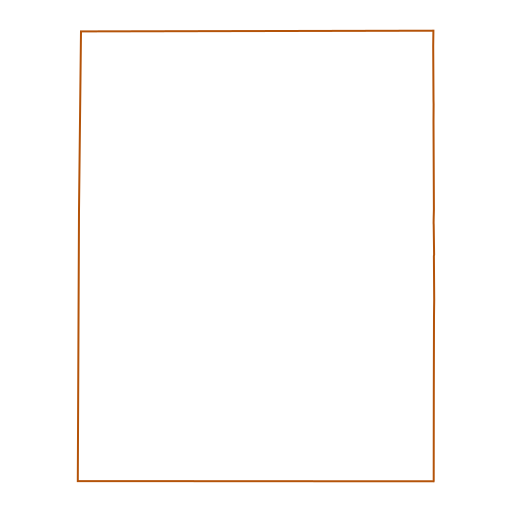 the district of Deuel, South Dakota, United States of America
{"feature_id": "52423323B13403863294049", "entity_name": "Deuel", "entity_type": "district", "adm_level": 2, "iso_a3": "USA", "parent_name": "United States of America", "parent_adm1": "South Dakota", "projection": "natural_earth1", "projection_center": [-96.521, 44.761], "detail": "fine", "context": "isolated", "style": "outline", "palette": "amber", "viewbox_px": 512, "rotation_deg": 0, "n_neighbors": 0, "source": "geoboundaries", "source_scale": "gbopen_adm2", "svg_char_len": 408}
<svg xmlns="http://www.w3.org/2000/svg" viewBox="0 0 512 512"><path d="M79.0,210.4L77.8,481.1L433.6,481.3L433.7,480.8L433.8,390.8L433.8,390.3L433.8,390.1L434.0,315.6L434.2,299.7L433.9,256.0L434.1,254.7L433.9,239.7L433.7,224.9L433.6,223.0L433.7,217.4L433.9,209.3L433.9,209.2L433.5,121.5L433.6,104.2L433.5,100.1L433.2,46.0L433.4,30.7L81.0,31.4L79.0,210.4Z" fill="none" stroke="#b45309" stroke-width="2"/></svg>